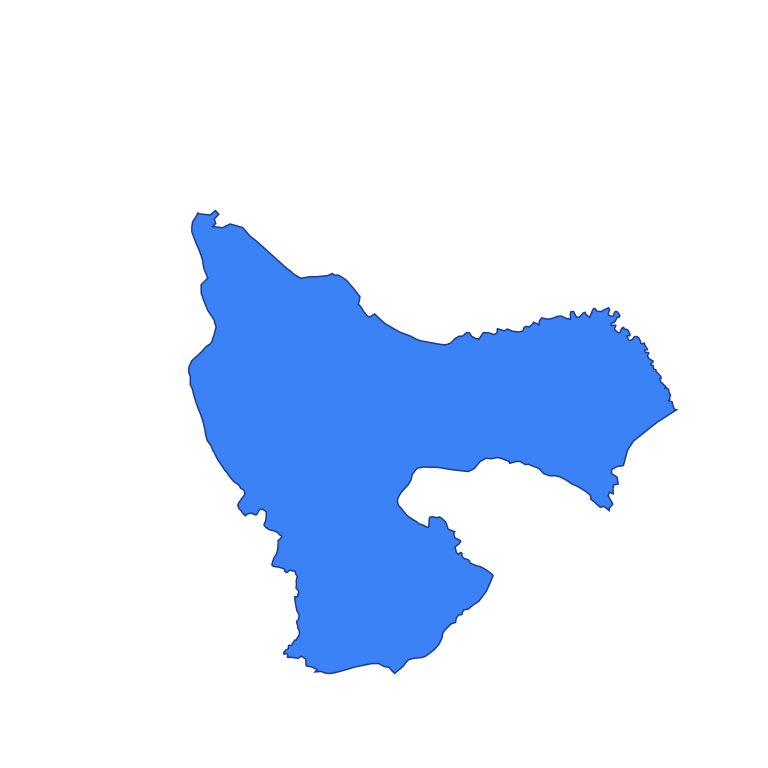 outline of Kankan, Kankan, Guinea, rotated 325°
{"feature_id": "49546643B29721322070698", "entity_name": "Kankan", "entity_type": "district", "adm_level": 2, "iso_a3": "GIN", "parent_name": "Guinea", "parent_adm1": "Kankan", "projection": "robinson", "projection_center": [-9.056, 10.226], "detail": "fine", "context": "isolated", "style": "filled", "palette": "blue", "viewbox_px": 768, "rotation_deg": 325, "n_neighbors": 0, "source": "geoboundaries", "source_scale": "gbopen_adm2", "svg_char_len": 6171}
<svg xmlns="http://www.w3.org/2000/svg" viewBox="0 0 768 768"><g transform="rotate(325 384 384)"><path d="M608.9,572.9L607.4,571.4L608.8,565.8L609.8,564.4L609.7,563.7L607.6,561.4L607.7,560.7L609.2,560.7L610.2,558.9L612.4,557.4L612.6,554.4L613.9,552.1L613.9,550.7L613.4,549.4L611.6,548.6L612.0,548.1L613.2,547.9L613.5,547.3L612.5,544.7L612.5,542.9L611.7,541.6L612.9,538.2L614.6,538.1L615.1,536.3L614.1,530.1L614.8,528.3L613.5,526.5L615.0,523.1L613.4,521.6L613.9,520.7L617.1,520.2L617.6,519.7L615.7,515.5L615.8,512.0L618.6,510.7L618.7,510.0L616.4,508.2L616.2,507.3L616.9,505.9L619.5,507.0L619.9,505.4L619.8,502.7L620.7,499.7L619.3,499.6L618.1,498.6L617.7,497.9L618.8,495.9L618.7,494.8L619.1,492.9L618.6,490.7L617.6,489.5L616.6,489.0L615.1,489.1L613.2,490.0L611.3,489.9L609.8,488.8L609.7,487.6L610.5,484.1L611.1,483.7L612.3,485.1L613.1,485.4L613.7,485.0L614.7,480.7L614.7,479.6L613.9,478.1L612.0,477.0L612.7,475.8L612.4,474.7L610.2,474.9L607.4,477.2L606.5,477.2L605.3,476.3L604.1,472.0L604.7,470.6L606.7,469.7L607.5,468.9L607.3,468.4L604.0,466.7L603.8,465.9L604.5,464.8L608.6,465.5L613.3,463.2L615.0,464.1L615.7,463.9L616.5,462.9L616.6,458.9L615.5,457.4L614.0,457.4L611.1,459.7L609.8,459.3L608.1,457.8L607.6,456.4L608.0,455.3L608.7,454.4L611.4,452.7L611.7,450.4L607.1,449.5L603.3,449.2L600.2,446.5L600.2,443.1L598.2,442.6L590.7,447.3L589.3,443.2L589.9,440.7L587.9,440.1L582.5,441.3L579.9,439.5L580.9,433.4L578.5,432.0L576.8,433.4L574.0,437.9L571.1,435.1L568.2,430.0L565.1,428.2L559.8,426.9L555.0,424.6L551.1,420.3L547.5,421.4L545.0,424.4L542.0,419.2L540.4,420.0L535.7,420.5L533.3,418.2L531.0,418.1L528.1,420.4L524.4,418.8L519.6,414.6L516.7,409.8L513.1,409.5L508.6,403.8L506.0,406.8L502.6,406.7L498.8,401.7L494.8,398.9L487.2,401.8L487.1,400.7L485.4,399.6L483.1,395.3L483.4,391.2L480.9,389.2L476.0,389.9L472.7,387.9L468.2,387.5L462.6,388.8L457.1,387.4L452.7,383.7L438.1,368.9L435.6,365.0L433.3,360.1L426.5,350.3L419.6,335.4L418.2,330.0L416.5,321.3L414.3,321.0L412.5,321.2L410.3,320.6L410.2,320.1L409.4,319.2L409.4,317.4L409.0,315.8L409.2,314.9L408.9,313.5L409.3,308.3L409.1,305.3L408.7,304.1L412.4,300.8L414.4,298.6L413.9,288.6L412.7,277.5L411.0,272.8L409.1,268.7L405.5,266.1L405.1,263.8L400.2,263.0L390.0,257.3L385.1,253.7L376.6,249.8L373.0,242.4L372.3,238.4L370.5,233.1L363.0,200.3L361.1,192.6L359.0,185.8L358.0,174.9L349.7,164.6L341.3,163.4L334.1,156.8L338.2,156.0L339.6,151.5L346.0,150.2L345.4,145.2L338.6,145.9L330.0,138.4L329.8,137.2L324.3,139.8L320.4,141.3L317.0,144.7L313.8,149.2L310.6,161.6L309.4,168.2L306.9,177.2L302.7,186.1L300.3,196.2L291.1,197.8L286.3,204.9L284.0,213.2L281.9,222.2L281.6,234.5L280.1,237.1L279.9,239.0L279.1,241.1L272.5,246.7L269.9,248.4L268.2,249.9L265.1,251.5L260.1,251.3L252.7,253.0L239.9,254.7L234.3,257.9L231.0,261.8L229.4,267.2L225.0,273.3L224.0,278.7L222.3,282.7L219.7,290.4L218.2,295.6L216.5,303.2L214.4,310.4L211.5,317.8L208.4,324.3L206.8,328.8L206.9,336.2L205.7,339.8L205.6,342.9L204.6,348.9L204.3,353.0L204.4,354.8L204.1,362.9L204.5,365.9L204.4,371.5L204.8,376.0L205.3,378.9L206.7,382.3L207.2,384.7L206.7,386.9L207.6,388.7L208.3,390.9L207.3,393.7L206.1,394.8L197.1,397.9L194.9,399.2L194.2,401.0L193.7,403.3L194.1,404.4L194.4,410.5L195.1,412.6L196.7,412.1L198.2,412.3L200.7,413.3L201.5,413.8L202.6,416.2L203.5,417.3L204.5,418.0L206.2,417.5L208.0,416.2L210.1,415.5L211.8,416.2L212.8,417.1L214.0,420.1L214.1,421.5L210.9,425.7L208.8,428.0L206.4,429.4L204.8,430.7L205.0,432.0L204.8,433.3L206.2,437.1L208.2,439.8L209.2,440.5L211.6,444.5L212.0,447.5L212.9,449.5L212.7,450.1L212.8,450.4L209.5,451.4L207.5,451.4L206.1,453.6L202.1,458.4L198.9,461.3L194.1,463.4L191.1,465.4L188.4,467.9L188.4,469.0L189.9,471.1L192.4,473.3L195.5,477.1L196.1,478.3L196.0,479.5L195.2,480.3L195.8,481.9L196.6,482.8L199.9,482.3L202.2,485.0L203.6,485.9L203.4,487.5L202.5,489.2L202.9,490.8L202.7,491.7L199.4,494.7L198.4,496.0L197.8,497.4L194.8,500.9L195.2,502.0L195.2,504.8L194.6,506.0L193.9,506.8L193.0,506.6L191.3,508.5L190.3,508.1L189.4,507.2L188.6,507.2L186.0,512.1L182.6,519.7L182.2,523.7L181.2,525.5L179.5,527.2L178.0,528.4L176.6,528.2L176.0,528.5L174.5,532.7L173.3,535.0L173.1,537.5L171.8,539.5L171.6,540.2L169.9,541.1L169.0,542.0L167.6,542.0L165.9,543.3L164.9,543.2L163.9,542.5L161.5,543.8L160.1,544.0L159.4,544.8L158.1,545.1L156.5,543.6L155.9,543.6L155.0,544.3L154.2,545.5L153.4,546.0L150.9,545.6L148.2,546.2L147.4,546.7L147.3,548.3L148.9,548.4L149.8,549.6L149.4,551.3L148.8,552.4L147.7,552.1L151.8,555.2L156.4,559.5L160.2,559.5L162.2,564.5L159.2,569.0L158.7,570.4L162.7,574.6L165.4,579.8L162.4,580.3L167.6,583.4L169.8,586.8L173.1,589.8L177.7,592.2L190.8,596.9L197.5,599.0L213.6,606.0L219.3,609.9L222.1,615.5L225.7,619.2L226.1,624.2L226.7,627.2L238.4,626.1L241.7,624.8L246.0,623.9L250.9,625.7L258.2,629.8L261.8,630.8L272.6,630.5L279.8,628.7L285.5,625.5L289.4,621.8L292.7,620.5L301.7,619.0L305.9,620.4L307.0,619.0L309.7,616.8L312.8,616.1L315.3,617.5L319.5,614.7L324.0,616.7L329.1,616.2L337.2,616.3L348.9,612.5L353.9,609.6L363.4,603.6L363.3,601.5L361.8,596.9L359.9,592.2L358.1,588.9L354.8,584.9L352.2,580.6L352.3,578.3L352.1,576.2L349.5,572.8L348.9,570.1L350.8,567.4L350.4,566.2L348.2,565.9L347.2,566.3L346.7,564.7L347.1,562.4L348.6,558.3L353.9,558.0L356.7,556.8L356.0,554.3L353.8,550.9L354.3,549.0L355.6,546.2L357.2,545.5L353.3,539.8L355.4,532.6L354.3,527.4L353.3,524.8L350.2,523.6L347.6,520.4L344.8,519.4L342.2,522.3L338.8,526.7L337.3,526.2L334.6,521.3L332.5,518.8L331.4,514.6L330.6,513.3L327.4,505.1L326.7,495.0L326.2,492.0L327.8,487.5L330.2,485.3L335.7,482.7L346.0,480.4L350.7,478.3L355.6,474.1L362.8,472.0L368.5,474.5L380.3,483.2L390.4,493.1L402.8,504.0L409.4,505.1L418.1,502.6L425.2,503.3L428.7,506.6L435.1,509.5L437.7,512.7L442.1,519.3L441.4,521.0L448.7,523.7L451.1,525.6L453.5,531.0L456.2,532.6L462.5,542.1L463.5,549.3L467.6,554.7L471.7,557.3L475.0,561.1L478.0,566.8L480.5,573.4L483.7,578.7L485.7,583.2L487.4,587.3L489.4,593.7L487.3,596.9L488.6,601.3L490.4,609.1L494.0,610.4L495.8,616.8L497.4,614.9L502.6,613.6L503.5,604.2L506.7,602.0L508.7,605.4L512.0,600.5L514.1,598.4L518.4,600.3L521.5,594.0L518.9,587.3L521.8,584.6L527.4,585.3L533.4,588.1L545.5,577.9L555.7,573.8L585.6,572.0L608.9,572.9Z" fill="#3b82f6" stroke="#1e3a8a" stroke-width="1.5"/></g></svg>